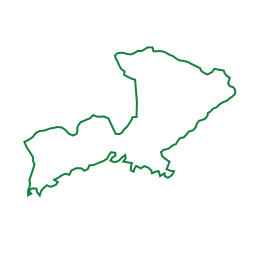 Novo Horizonte, Santa Catarina, Brazil, rotated 100°
{"feature_id": "56859067B82387825631279", "entity_name": "Novo Horizonte", "entity_type": "district", "adm_level": 2, "iso_a3": "BRA", "parent_name": "Brazil", "parent_adm1": "Santa Catarina", "projection": "natural_earth1", "projection_center": [-52.783, -26.5], "detail": "fine", "context": "isolated", "style": "outline", "palette": "green", "viewbox_px": 256, "rotation_deg": 100, "n_neighbors": 0, "source": "geoboundaries", "source_scale": "gbopen_adm2", "svg_char_len": 2373}
<svg xmlns="http://www.w3.org/2000/svg" viewBox="0 0 256 256"><g transform="rotate(100 128 128)"><path d="M206.9,215.3L204.0,211.5L203.6,207.7L207.0,206.3L209.8,203.2L205.4,202.7L202.0,200.9L198.5,197.9L199.4,194.2L198.1,191.5L196.4,189.2L193.5,187.7L191.8,191.7L189.6,188.6L186.2,185.1L184.0,181.8L184.2,177.6L179.8,176.4L176.5,171.9L175.8,166.9L177.6,163.6L175.5,160.4L171.7,159.7L170.2,155.0L167.1,150.4L164.8,146.5L161.9,143.2L157.5,141.9L154.8,140.3L154.7,136.3L157.4,135.5L159.9,138.4L163.1,139.7L164.1,135.5L162.2,131.7L157.9,128.6L155.1,126.1L158.1,125.0L161.9,126.8L161.9,121.7L161.9,118.0L165.4,118.4L169.2,117.9L170.1,114.9L167.5,114.7L163.9,113.4L165.5,108.4L162.7,105.2L163.5,101.3L165.7,97.7L168.5,96.5L166.4,93.5L165.1,90.5L167.4,89.1L169.8,88.0L166.3,84.2L169.0,83.4L170.1,80.2L168.1,77.7L165.8,76.1L162.6,75.2L162.7,78.9L161.8,82.9L158.5,82.1L154.0,81.3L151.9,85.9L149.7,89.5L146.0,91.3L143.4,89.2L141.3,84.4L137.5,81.2L135.3,77.8L131.8,76.7L128.6,74.6L127.6,71.4L125.1,69.8L121.2,67.7L119.0,63.7L115.7,61.4L111.5,60.9L108.5,59.2L107.3,56.5L105.3,53.5L102.2,51.9L99.3,51.9L97.5,49.7L94.3,47.8L92.1,44.3L88.7,41.9L85.8,38.5L83.9,35.2L81.3,33.2L78.6,30.5L75.5,28.4L71.8,29.1L69.5,31.5L69.2,34.8L67.0,37.1L60.8,36.6L59.5,39.9L57.5,42.2L54.8,43.7L54.8,53.3L58.3,54.9L61.4,58.8L60.7,62.2L59.1,65.7L56.5,67.5L53.8,77.0L52.5,80.9L52.3,85.5L52.5,88.9L51.4,92.4L49.5,96.0L48.5,100.3L46.9,104.9L46.5,108.7L47.3,112.5L48.0,116.3L44.4,117.7L45.2,122.7L48.0,125.7L50.0,128.2L50.3,131.7L52.9,134.5L55.0,138.0L55.3,141.9L54.8,145.3L55.2,148.5L56.5,151.8L59.0,153.4L61.5,152.2L63.9,150.2L66.1,148.6L68.4,147.2L71.3,144.7L72.9,141.2L76.4,141.1L77.8,136.5L79.0,132.5L79.2,129.4L101.1,123.7L115.6,121.5L116.7,125.5L119.5,126.0L122.2,127.1L126.8,129.1L130.5,131.9L133.7,133.2L135.5,135.5L135.9,139.2L121.9,149.0L120.9,154.0L121.9,158.1L122.1,161.1L121.4,164.7L125.0,167.0L126.5,169.6L128.4,172.3L130.5,175.7L134.1,177.4L136.9,178.0L139.3,177.3L142.8,177.7L144.9,180.8L144.1,184.8L140.5,189.9L139.0,193.5L139.3,197.7L140.6,200.6L142.2,205.1L144.2,208.3L145.4,211.2L146.3,214.3L148.5,217.6L153.2,220.1L157.0,223.9L159.7,227.6L162.9,225.6L165.4,223.7L168.3,220.9L170.5,218.9L173.5,216.3L177.3,215.7L179.9,213.8L184.0,214.2L196.7,216.1L199.7,214.8L202.8,214.7L206.9,215.3ZM206.9,215.3L211.6,214.7L209.5,211.9L206.9,215.3Z" fill="none" stroke="#15803d" stroke-width="2"/></g></svg>